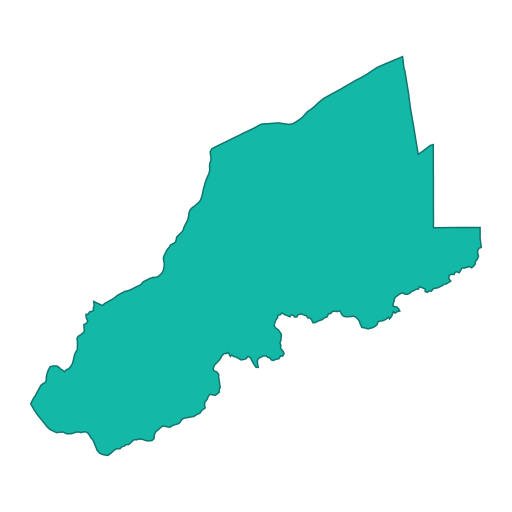 Plácido de Castro, Acre, Brazil (Natural Earth projection)
{"feature_id": "56859067B28621005607403", "entity_name": "Plácido de Castro", "entity_type": "district", "adm_level": 2, "iso_a3": "BRA", "parent_name": "Brazil", "parent_adm1": "Acre", "projection": "natural_earth1", "projection_center": [-67.366, -10.241], "detail": "fine", "context": "isolated", "style": "filled", "palette": "teal", "viewbox_px": 512, "rotation_deg": 0, "n_neighbors": 0, "source": "geoboundaries", "source_scale": "gbopen_adm2", "svg_char_len": 5423}
<svg xmlns="http://www.w3.org/2000/svg" viewBox="0 0 512 512"><path d="M402.6,56.6L400.2,57.6L398.0,58.6L394.7,59.9L391.8,61.1L386.3,63.4L381.8,65.4L378.5,66.8L376.6,67.8L374.8,69.0L372.0,70.8L370.0,72.2L366.7,74.4L364.5,75.7L361.7,77.3L359.8,78.3L358.0,79.2L355.4,80.5L353.3,81.8L345.3,86.4L340.4,89.3L334.1,92.7L329.1,95.4L327.0,96.6L324.4,98.0L321.7,100.0L318.5,102.6L314.8,106.2L311.3,109.1L307.5,111.6L305.0,114.4L302.2,117.5L299.4,119.6L297.2,121.1L295.1,122.4L292.6,123.9L288.6,124.4L284.1,123.7L277.9,122.9L268.3,123.7L264.2,123.9L261.9,124.0L259.4,125.1L255.2,127.5L248.2,130.9L243.2,133.2L238.4,135.7L235.8,136.9L229.7,139.9L216.4,146.4L212.0,148.7L210.2,151.5L210.5,154.9L211.0,157.4L210.9,160.3L209.9,163.1L209.5,166.0L209.8,169.6L209.0,173.5L207.4,176.9L206.4,179.2L205.4,181.9L204.4,185.6L203.4,189.0L203.0,191.2L202.2,195.4L200.8,199.4L199.8,201.2L198.4,202.7L194.6,206.0L192.4,207.5L190.3,209.6L189.1,212.5L188.8,214.8L188.2,218.2L187.1,221.3L185.7,223.7L184.0,227.2L183.3,229.8L181.7,232.2L176.7,237.0L176.1,240.1L175.4,242.2L173.4,243.5L170.5,244.9L169.3,247.1L167.2,249.5L165.7,252.5L164.3,255.2L163.4,257.6L163.6,260.2L164.3,263.8L164.1,266.5L163.5,269.7L162.5,272.3L160.8,274.3L158.6,276.1L156.7,277.2L152.6,277.5L149.5,278.6L145.8,280.5L143.0,281.9L141.4,284.1L139.8,285.3L137.1,286.4L133.0,288.5L129.6,290.2L127.4,290.9L125.1,291.3L119.9,294.0L117.2,295.5L114.5,297.9L111.3,299.8L104.5,303.6L102.6,305.5L99.5,304.2L93.7,301.5L94.2,305.3L93.3,308.1L93.5,310.4L91.8,311.5L89.8,311.7L88.0,314.2L85.9,314.4L86.3,318.1L87.7,320.8L86.8,323.1L83.9,324.6L84.1,328.5L84.4,331.5L81.4,334.3L78.1,336.4L77.0,338.5L77.3,341.1L77.5,344.2L77.3,347.0L77.3,349.7L75.8,352.0L74.8,354.1L73.8,358.2L73.1,361.2L72.2,364.1L70.5,366.7L68.8,368.7L66.4,369.7L64.4,371.8L62.4,370.0L60.7,369.1L59.2,367.5L57.0,366.1L53.9,365.9L50.2,366.6L48.1,370.5L47.0,373.9L46.3,377.1L46.3,380.1L45.4,382.3L43.0,383.7L40.9,385.3L39.2,388.5L37.6,391.3L36.5,393.3L35.5,395.6L33.8,397.8L32.8,399.6L30.7,403.8L33.9,409.5L37.7,415.1L40.7,418.8L44.6,423.6L47.6,427.3L50.0,429.5L54.8,431.8L56.7,432.7L59.5,432.2L61.5,432.1L63.5,432.1L65.4,433.3L67.3,433.8L71.1,433.7L73.3,433.2L75.6,432.2L78.8,432.0L81.2,432.6L83.3,431.9L86.0,431.9L87.9,433.1L89.6,435.4L90.8,437.7L92.7,439.6L93.5,441.5L94.5,443.7L95.9,447.1L97.0,450.2L99.3,452.9L102.2,454.4L105.4,455.1L108.0,455.4L111.2,453.0L113.9,450.4L116.5,448.8L119.9,448.8L121.7,446.9L124.5,446.0L125.9,444.6L128.6,444.6L130.1,443.3L131.6,441.9L134.0,439.7L136.6,439.8L139.1,439.1L142.1,439.1L145.2,440.4L147.1,440.9L151.9,440.6L154.0,438.7L154.5,434.3L155.9,431.6L158.8,429.4L160.9,427.2L163.3,426.0L166.0,426.5L167.8,427.0L170.1,427.1L172.1,425.8L175.0,424.6L177.6,424.0L179.4,423.1L180.8,421.1L182.6,418.8L185.3,417.9L187.2,417.7L190.8,417.0L194.0,416.4L196.8,414.5L199.8,413.2L202.2,410.0L205.1,408.0L204.6,405.1L204.8,402.2L207.0,399.6L208.2,396.6L209.9,394.3L212.7,394.9L215.4,395.2L217.8,393.5L219.3,392.1L219.1,389.9L220.2,387.3L219.7,384.4L219.4,381.5L218.7,378.3L218.7,374.4L216.6,371.8L214.0,370.9L213.1,368.7L214.4,365.2L217.3,362.2L219.5,359.9L221.0,357.6L222.1,355.4L224.2,353.6L226.6,353.4L228.4,352.5L229.3,354.5L230.4,356.4L231.8,355.0L233.6,356.5L235.4,356.7L237.9,358.1L241.1,359.9L243.9,359.4L246.0,358.8L248.0,356.3L250.6,357.8L251.6,360.2L252.6,361.9L254.1,364.6L256.1,367.3L258.3,367.4L257.6,364.2L257.3,360.9L258.5,358.2L260.8,357.3L263.3,355.9L266.3,356.0L267.8,357.3L269.8,357.9L271.3,359.9L273.3,360.5L276.0,359.3L278.9,358.7L280.4,356.2L282.8,356.0L284.1,353.6L283.2,351.5L282.0,349.9L280.5,348.2L280.9,345.3L279.9,343.0L280.9,340.5L281.4,334.5L280.1,332.4L278.4,329.9L275.4,327.8L274.1,325.2L275.0,322.2L276.0,319.7L277.7,317.5L277.6,315.3L280.1,314.9L281.9,312.9L284.2,314.4L286.1,315.2L287.9,315.8L289.9,316.8L291.2,314.9L293.4,315.2L294.5,317.0L296.7,317.0L298.1,314.7L300.5,314.0L303.3,314.7L306.4,315.7L307.8,317.9L310.1,318.1L311.5,319.7L313.0,322.8L315.4,322.5L318.1,321.1L320.4,320.3L322.4,319.5L324.4,317.9L327.2,316.8L328.4,313.8L330.5,313.6L332.4,311.6L334.6,311.1L337.2,311.6L339.3,310.7L340.7,312.1L341.7,314.5L343.7,316.3L346.9,316.9L348.9,316.6L351.1,316.6L353.4,316.1L355.5,317.0L357.3,318.5L359.3,321.2L360.4,324.3L361.9,327.5L364.2,327.7L366.0,328.3L368.0,328.9L370.2,328.3L372.9,327.6L375.5,326.1L377.0,324.6L378.0,321.9L380.1,321.0L382.2,320.9L384.3,320.1L386.6,318.8L388.4,317.1L389.5,318.9L391.4,316.7L392.6,313.8L393.4,311.5L395.0,313.1L397.2,311.7L399.8,311.0L398.6,308.8L396.8,307.0L395.0,306.7L393.0,306.2L393.1,303.8L394.0,301.5L394.4,298.9L395.5,296.9L397.3,295.8L399.5,294.1L402.4,292.8L404.9,294.1L407.2,294.3L409.8,293.2L411.8,291.4L414.1,290.5L416.4,289.1L418.4,289.1L419.4,286.7L422.5,287.8L425.2,289.1L425.2,291.6L427.3,292.3L429.3,290.9L431.4,291.2L433.4,288.5L435.9,288.2L438.2,287.6L440.2,286.6L442.3,285.6L444.3,284.1L446.2,284.0L448.7,282.4L450.8,281.0L448.9,278.9L449.1,275.5L451.6,274.2L453.9,274.6L454.8,272.6L456.7,271.7L459.2,272.8L460.7,270.2L462.2,267.8L464.3,268.1L466.7,267.3L469.4,266.6L471.6,267.8L473.5,266.3L475.2,264.1L475.5,261.3L477.2,259.4L478.5,256.3L477.8,253.7L477.5,251.0L478.7,248.4L481.3,247.4L480.1,238.4L480.1,227.5L467.1,227.5L457.5,227.5L436.8,227.7L433.4,227.7L433.5,219.9L433.4,208.5L433.4,198.5L433.4,181.3L433.3,169.0L433.3,160.1L433.3,144.6L430.4,145.4L421.2,152.3L418.2,154.3L413.2,123.9L410.6,109.3L408.5,93.1L404.9,71.1L403.9,67.8L402.6,56.6Z" fill="#14b8a6" stroke="#0f766e" stroke-width="1.5"/></svg>